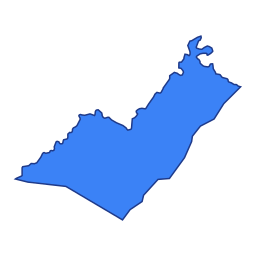 Mineral, West Virginia, United States of America
{"feature_id": "52423323B84161084981084", "entity_name": "Mineral", "entity_type": "district", "adm_level": 2, "iso_a3": "USA", "parent_name": "United States of America", "parent_adm1": "West Virginia", "projection": "robinson", "projection_center": [-78.932, 39.443], "detail": "fine", "context": "isolated", "style": "filled", "palette": "blue", "viewbox_px": 256, "rotation_deg": 0, "n_neighbors": 0, "source": "geoboundaries", "source_scale": "gbopen_adm2", "svg_char_len": 2496}
<svg xmlns="http://www.w3.org/2000/svg" viewBox="0 0 256 256"><path d="M90.0,113.9L84.7,115.3L81.7,114.9L80.5,114.5L79.8,114.7L79.3,115.0L79.0,115.3L78.9,115.8L79.2,116.6L80.0,117.9L80.2,119.3L77.0,125.6L75.6,126.8L73.4,127.9L72.5,129.2L72.5,130.2L72.3,131.3L72.0,131.9L71.4,132.4L70.6,132.6L69.7,132.4L67.9,134.0L67.8,135.3L67.9,136.8L67.6,138.4L66.7,139.1L65.1,139.4L63.6,139.8L63.2,140.9L62.9,142.6L62.5,143.5L61.9,143.8L61.1,143.8L60.4,143.8L59.6,143.3L58.9,141.9L57.6,141.4L56.8,141.4L56.1,141.9L54.2,146.9L54.5,148.5L53.9,150.3L52.7,150.8L51.2,150.5L50.3,150.8L49.5,152.5L45.7,153.3L44.3,152.6L43.5,152.7L42.6,153.5L40.8,157.2L36.8,162.8L34.4,163.7L31.2,163.5L28.7,165.7L22.7,166.7L22.1,167.8L22.1,175.4L21.6,176.0L16.4,178.3L15.4,179.0L27.9,182.1L65.9,186.4L122.5,219.9L130.1,209.6L142.1,201.5L143.6,195.2L158.0,179.4L169.4,178.5L184.5,157.7L191.6,141.6L192.4,136.2L200.4,126.1L214.1,119.0L223.8,103.6L240.6,86.8L238.2,86.1L236.5,84.6L234.0,84.5L231.5,82.9L228.9,82.0L228.2,81.2L228.0,79.8L227.7,79.3L227.0,78.7L222.4,77.5L221.9,77.1L220.2,74.8L219.6,74.5L216.0,73.9L215.9,73.9L215.4,72.3L213.3,68.8L212.9,65.1L212.6,63.8L210.9,63.9L210.3,64.2L209.2,66.4L208.0,66.9L204.3,66.4L203.0,65.8L200.3,63.4L200.0,62.5L200.0,61.5L199.2,60.0L198.6,59.3L197.8,59.0L196.4,57.2L196.4,56.8L196.9,56.0L200.1,53.9L202.9,53.3L206.2,53.3L207.0,53.9L207.0,54.9L207.8,55.2L210.7,53.4L212.7,51.5L212.7,50.8L211.8,48.1L209.3,46.6L207.3,46.0L204.3,47.5L201.9,49.3L199.5,49.1L196.6,48.1L196.3,47.6L196.3,46.9L198.4,41.3L199.0,40.6L200.1,40.2L201.1,38.1L201.2,37.2L200.9,36.1L197.5,37.3L191.7,40.7L190.4,41.0L189.9,41.1L187.8,45.5L189.9,51.4L190.1,53.0L189.9,54.7L189.2,55.6L188.3,55.4L187.8,54.7L185.0,54.2L184.0,57.5L183.9,58.8L181.5,62.1L179.3,62.2L178.9,62.8L178.8,67.9L181.1,68.4L182.9,70.6L183.5,72.2L182.3,74.9L180.6,75.4L178.8,74.5L177.3,73.3L174.3,72.4L173.8,72.8L169.7,75.7L169.7,78.3L169.4,79.3L163.2,88.0L163.2,88.5L161.1,92.4L160.3,93.0L159.5,93.0L156.9,92.4L155.0,94.1L153.5,97.1L148.6,104.0L145.8,108.5L145.2,108.8L141.9,108.3L139.5,108.7L137.6,109.8L136.3,111.0L136.2,111.6L136.6,112.9L137.5,113.6L137.6,114.1L136.4,116.0L134.7,117.7L132.3,118.8L131.5,128.3L131.0,129.2L130.6,129.4L127.8,130.1L127.1,129.5L126.1,127.9L122.9,125.5L116.3,122.7L111.5,119.9L108.9,117.3L107.7,117.3L104.9,118.2L104.1,118.0L102.8,116.9L102.1,115.3L102.1,114.4L101.7,112.9L98.2,109.8L96.7,110.0L96.0,110.4L95.4,111.4L95.2,113.0L95.0,114.6L94.5,115.5L90.0,113.9Z" fill="#3b82f6" stroke="#1e3a8a" stroke-width="1.5"/></svg>